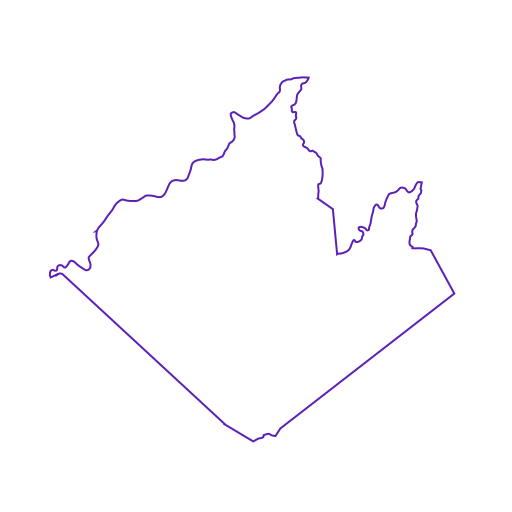 Six Miles/Descatier, Soufrière, Saint Lucia, rotated 278°
{"feature_id": "8701671B56645509731346", "entity_name": "Six Miles/Descatier", "entity_type": "district", "adm_level": 2, "iso_a3": "LCA", "parent_name": "Saint Lucia", "parent_adm1": "Soufrière", "projection": "albers", "projection_center": [-60.969, 13.841], "detail": "fine", "context": "isolated", "style": "outline", "palette": "violet", "viewbox_px": 512, "rotation_deg": 278, "n_neighbors": 0, "source": "geoboundaries", "source_scale": "gbopen_adm2", "svg_char_len": 6050}
<svg xmlns="http://www.w3.org/2000/svg" viewBox="0 0 512 512"><g transform="rotate(278 256 256)"><path d="M72.0,279.1L75.4,283.5L76.8,287.3L77.7,288.5L79.7,288.5L81.4,292.1L81.7,293.6L80.5,296.8L80.4,300.3L88.6,304.1L246.4,457.6L286.0,428.2L286.8,421.1L286.5,417.1L285.7,412.2L285.5,409.9L285.9,410.0L286.9,409.7L287.1,408.8L288.7,406.6L291.2,406.0L297.0,406.1L298.6,407.7L299.9,407.9L301.7,407.3L304.0,407.5L305.7,408.8L308.1,410.0L310.4,409.9L312.8,410.4L317.6,408.9L320.4,408.5L322.6,408.9L325.5,409.1L328.1,409.1L331.2,407.2L332.4,407.0L333.7,407.4L335.1,408.7L338.3,408.7L340.3,410.0L341.4,410.6L343.9,410.6L345.4,409.6L352.0,409.9L351.8,406.7L351.4,405.8L351.0,405.5L350.5,405.2L349.2,404.6L347.3,403.9L345.3,403.5L344.3,403.0L342.4,401.7L341.4,400.7L340.6,399.6L340.4,399.0L340.3,398.3L340.7,397.5L341.5,396.4L342.8,395.3L343.5,394.5L343.8,393.9L344.1,392.1L344.1,391.3L343.9,390.2L343.7,389.7L343.3,389.1L340.5,387.2L339.3,386.1L338.1,384.2L337.2,381.6L336.5,380.1L336.0,379.5L335.6,379.1L335.1,378.8L330.4,377.3L327.7,376.7L326.5,376.5L325.0,376.5L322.8,376.1L321.4,375.6L320.9,375.0L320.5,373.7L320.4,372.5L320.9,371.7L321.6,371.0L322.7,370.2L323.6,369.3L323.7,369.1L323.7,367.9L323.5,367.6L322.5,366.9L321.4,366.4L320.6,366.1L319.5,365.8L317.1,365.8L311.2,365.1L307.4,364.9L304.6,364.9L302.3,364.6L301.3,364.3L300.1,364.1L298.1,364.1L297.5,364.0L297.0,363.2L296.9,362.4L297.1,361.9L298.3,360.7L298.8,359.9L299.0,359.3L299.5,356.7L299.5,355.7L299.2,354.7L298.7,354.0L298.2,353.7L297.3,353.8L296.4,354.4L296.0,354.9L295.5,355.7L295.2,357.9L294.8,358.3L293.0,359.3L291.9,359.3L291.3,359.2L290.6,358.6L289.9,358.4L288.2,358.4L287.5,358.3L286.8,358.0L285.8,357.2L284.9,356.3L284.1,354.7L283.8,353.9L283.8,353.2L283.9,352.6L284.2,352.3L285.2,351.6L285.4,351.3L285.5,351.0L285.1,350.4L284.6,350.0L283.6,349.7L282.8,349.5L280.9,348.9L278.8,348.6L276.5,347.8L275.4,347.3L274.4,346.6L273.2,345.3L271.4,342.4L270.4,340.2L269.7,337.0L269.4,336.5L269.0,336.1L313.1,325.6L321.6,308.9L322.4,309.4L323.6,309.4L325.0,309.1L328.7,309.0L330.3,308.7L333.4,307.9L335.3,307.7L335.9,308.0L336.1,308.3L336.5,309.5L337.4,310.2L340.6,310.8L345.4,310.7L349.0,310.2L351.7,309.7L353.9,308.5L354.8,308.1L358.7,306.9L361.0,306.6L362.0,306.3L363.0,304.7L363.6,303.7L364.5,302.9L365.6,302.1L366.8,300.8L367.1,299.7L368.0,297.8L368.1,297.4L368.1,297.1L367.3,295.6L367.3,294.9L367.5,294.4L368.0,293.7L369.3,292.4L369.8,291.8L370.4,290.6L370.8,288.9L371.1,288.3L371.4,287.8L371.9,287.3L372.4,287.0L372.9,287.0L373.5,287.1L374.9,287.8L376.0,287.7L376.7,287.4L377.3,287.0L377.9,286.4L378.9,284.4L380.1,283.6L380.7,283.0L381.0,282.3L381.1,281.1L382.1,280.0L384.0,279.1L390.4,276.6L392.3,275.8L393.3,275.2L395.3,275.1L395.6,275.2L396.1,275.8L397.5,276.6L398.8,276.7L399.0,276.5L399.6,276.3L399.9,276.0L403.3,275.9L403.9,275.5L404.0,275.0L404.0,274.7L403.9,274.4L403.8,273.6L403.5,272.4L403.7,272.0L404.8,271.2L406.8,271.0L407.5,270.7L408.3,270.2L409.0,270.1L410.0,271.0L411.3,273.0L412.1,273.6L413.1,274.1L415.1,274.4L420.2,274.3L421.4,274.4L422.3,274.7L423.7,275.4L424.5,276.0L427.3,277.6L428.4,277.6L429.6,277.2L431.1,277.0L431.6,277.0L432.5,277.4L432.9,277.6L433.3,278.2L434.3,280.6L435.6,281.7L436.8,282.4L437.8,282.7L439.0,283.2L440.0,283.3L439.3,276.6L438.5,274.0L438.2,271.7L437.7,270.2L437.4,268.8L436.6,267.3L436.2,266.8L435.6,265.7L435.5,264.0L434.7,261.6L434.1,260.9L433.2,259.4L432.3,258.1L431.3,257.4L430.5,257.0L428.5,256.2L426.4,256.1L425.5,256.2L424.9,256.5L423.2,256.7L421.7,256.4L421.3,256.2L420.6,255.3L418.1,253.8L413.9,251.8L412.1,250.8L410.0,249.4L403.5,244.5L402.2,243.3L397.9,238.5L394.2,233.4L392.3,231.6L391.7,230.9L391.2,229.8L390.9,228.9L390.9,226.5L391.0,225.0L391.2,224.0L391.5,223.1L392.6,220.8L393.3,218.9L395.1,215.4L395.4,214.4L395.4,213.7L395.2,213.3L394.6,212.3L394.1,211.7L393.6,211.3L393.2,211.2L392.3,211.3L391.6,211.5L390.7,211.9L387.7,213.6L386.6,214.3L385.9,214.9L385.1,215.4L382.3,216.5L381.6,216.6L378.6,216.7L375.6,217.4L374.1,217.6L371.3,218.3L370.0,218.3L369.0,218.1L367.4,217.5L366.4,216.8L365.7,216.2L365.1,215.5L364.5,214.7L363.7,214.0L362.9,213.7L361.1,213.3L358.8,212.6L357.1,211.8L356.7,211.5L356.4,211.2L355.9,211.0L355.8,210.8L353.9,210.2L353.4,210.2L352.9,210.1L351.9,209.7L350.8,209.3L350.0,208.9L349.8,208.7L349.3,207.8L349.2,207.7L348.9,207.0L348.0,205.7L347.4,205.0L346.4,203.6L345.9,202.7L345.2,201.0L345.2,200.0L345.3,197.7L344.7,195.2L344.5,193.5L344.5,190.1L343.8,188.0L343.2,185.7L342.3,184.0L341.2,182.1L339.6,180.6L339.0,180.3L338.4,180.0L335.7,179.5L333.1,179.4L329.6,178.8L323.6,177.4L322.8,177.0L321.1,175.4L320.5,174.0L320.1,172.0L320.1,169.7L320.2,167.9L320.0,165.9L319.5,164.3L318.9,163.0L318.2,162.1L317.1,161.2L316.0,160.5L315.0,160.1L312.0,159.2L306.8,157.8L305.7,157.4L304.5,156.8L303.7,156.3L301.9,154.7L301.2,153.6L300.7,151.3L300.8,149.6L301.1,147.1L301.2,144.7L301.0,140.9L300.6,139.0L300.1,138.1L298.3,136.1L294.9,132.1L294.5,131.4L293.9,130.1L293.5,127.9L293.4,126.4L293.0,124.1L292.9,120.8L293.3,117.0L293.3,115.9L293.1,115.2L292.0,113.6L289.8,111.5L288.8,110.6L287.4,109.7L285.7,108.9L282.3,107.6L281.1,107.0L274.4,103.2L268.8,100.5L265.8,98.6L262.1,96.2L260.2,95.4L259.2,95.2L258.3,94.3L258.5,95.0L257.8,94.9L255.4,95.0L253.7,95.1L252.4,95.4L250.5,96.0L246.6,98.0L245.5,98.3L244.8,98.3L243.2,97.9L241.0,96.9L239.4,96.1L238.2,95.3L232.3,91.0L231.5,90.6L230.8,90.5L230.2,90.7L228.2,91.5L226.2,92.7L224.5,93.3L223.8,93.4L221.7,93.5L221.1,93.4L219.2,92.2L218.6,91.2L218.3,90.2L218.3,89.4L218.5,88.7L219.9,85.4L222.3,80.7L225.0,76.8L225.2,76.3L225.6,74.8L225.6,73.9L225.5,73.4L225.3,73.1L224.9,72.6L224.7,72.6L224.3,72.1L221.2,70.9L219.3,69.8L218.1,68.8L218.0,68.3L218.0,67.7L219.4,65.6L219.7,64.8L219.8,64.0L219.7,63.1L219.4,62.3L218.9,61.5L217.6,60.8L217.2,60.8L214.9,60.9L214.0,60.6L213.8,60.3L213.6,59.8L213.5,59.0L213.5,58.3L213.9,57.3L214.0,57.0L213.9,56.4L213.6,55.8L213.0,55.0L212.7,54.9L212.5,54.7L211.6,54.4L211.1,54.4L208.6,54.5L207.5,54.9L206.2,55.7L210.0,61.4L209.4,61.4L211.4,63.8L211.4,66.5L85.1,248.6L84.9,248.4L72.0,279.1Z" fill="none" stroke="#5b21b6" stroke-width="2"/></g></svg>